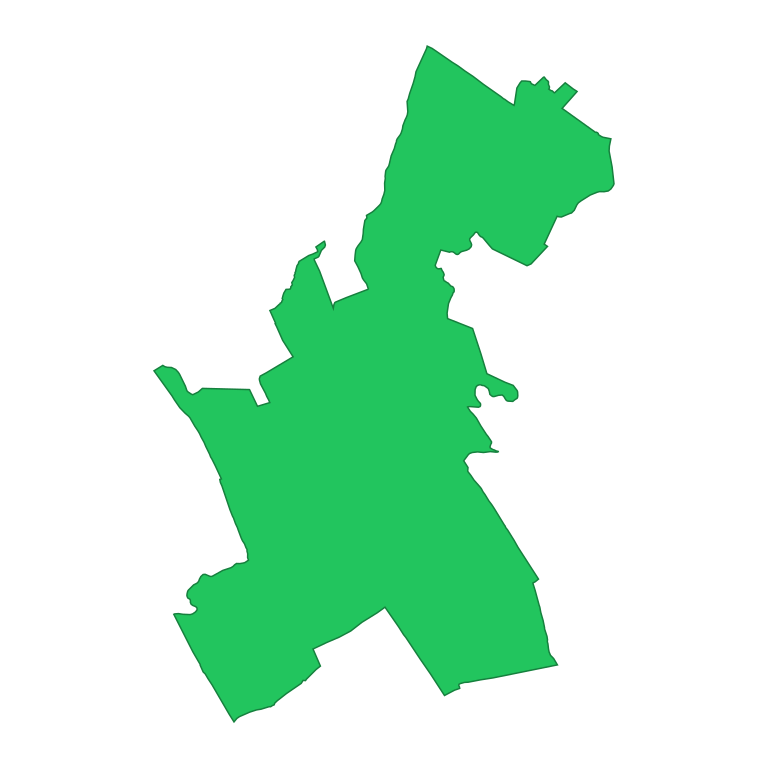 Tutova, Vaslui, Romania
{"feature_id": "2599482B39338540323692", "entity_name": "Tutova", "entity_type": "district", "adm_level": 2, "iso_a3": "ROU", "parent_name": "Romania", "parent_adm1": "Vaslui", "projection": "albers", "projection_center": [27.57, 46.124], "detail": "fine", "context": "isolated", "style": "filled", "palette": "green", "viewbox_px": 768, "rotation_deg": 0, "n_neighbors": 0, "source": "geoboundaries", "source_scale": "gbopen_adm2", "svg_char_len": 6090}
<svg xmlns="http://www.w3.org/2000/svg" viewBox="0 0 768 768"><path d="M459.7,688.4L459.5,687.1L458.8,685.4L458.8,684.8L459.1,684.2L460.2,683.6L464.5,682.4L468.2,682.2L480.7,679.8L493.0,677.9L557.4,664.9L553.7,658.6L550.5,655.3L549.1,652.0L548.5,649.0L547.9,643.8L547.3,641.7L547.5,639.8L547.0,636.4L544.6,629.0L544.5,627.4L543.1,620.5L540.8,612.5L539.8,607.1L539.1,605.1L535.1,590.3L533.1,583.9L532.9,583.0L535.3,581.7L538.5,579.1L518.0,547.3L514.0,540.2L507.5,529.8L505.8,527.7L505.0,525.8L504.4,525.1L494.3,508.6L491.9,504.9L488.8,500.8L485.1,494.7L482.9,491.6L481.5,488.9L480.5,487.5L474.0,480.1L471.0,475.6L467.7,471.3L468.0,467.5L463.7,460.8L468.5,454.4L469.8,453.4L472.3,452.5L477.6,451.9L483.5,452.5L490.3,451.6L495.2,452.1L497.3,452.1L498.3,451.7L498.2,451.4L496.1,450.9L494.4,450.0L492.8,449.5L490.2,447.9L490.0,446.8L490.7,444.5L491.5,443.0L491.5,441.7L488.0,436.4L486.3,434.3L480.7,425.7L476.4,418.1L473.1,414.1L470.3,411.3L467.5,407.0L468.0,406.7L470.2,406.6L478.5,407.2L480.0,406.6L480.5,405.8L480.6,404.1L480.3,403.3L478.4,401.3L477.2,399.6L475.0,395.3L475.1,389.6L476.1,386.8L477.4,385.5L479.2,384.8L481.1,384.9L482.0,385.4L484.3,385.7L488.2,388.5L489.2,391.0L489.9,394.4L491.8,396.0L493.0,396.6L494.4,396.5L498.5,395.3L502.2,395.0L503.8,396.4L505.8,399.8L506.8,400.7L507.9,401.1L512.8,401.4L514.9,399.7L517.0,398.4L517.5,397.6L517.8,395.8L517.6,391.9L517.1,390.5L513.2,385.4L504.9,382.2L486.9,373.7L480.9,353.8L472.6,328.5L447.6,318.6L447.1,313.2L448.5,303.6L450.8,297.9L452.4,295.0L453.0,293.0L454.0,291.9L454.2,291.0L454.1,288.9L453.5,287.7L452.7,286.7L450.8,286.0L448.2,283.1L446.4,282.2L445.4,281.3L444.4,281.0L443.9,280.4L443.1,277.3L444.0,275.4L444.1,274.5L443.3,272.3L442.0,270.4L441.3,268.6L441.1,268.4L438.7,268.9L437.3,268.5L436.0,267.3L435.2,265.3L440.8,250.0L449.5,252.2L450.9,251.7L452.7,251.8L454.0,252.5L455.8,254.0L457.1,254.5L458.5,254.1L460.1,252.5L461.5,251.6L466.6,250.2L469.2,248.9L471.1,246.8L471.5,245.5L471.6,244.7L471.2,243.3L469.7,240.2L469.7,238.8L470.6,237.6L473.4,234.9L475.2,232.5L476.1,232.1L477.5,232.5L479.2,235.1L480.5,236.5L482.3,237.3L483.2,238.1L489.2,245.3L492.4,248.9L527.0,265.7L531.1,263.9L547.5,246.4L544.2,244.1L557.1,216.3L558.9,216.8L561.4,217.0L569.7,213.5L571.5,213.0L574.3,210.2L576.9,204.8L578.4,202.8L581.1,200.8L590.1,195.1L596.9,192.3L599.6,191.6L604.1,191.7L608.2,191.0L610.9,189.0L613.4,185.4L614.0,183.8L612.1,166.9L609.1,151.1L609.4,146.0L610.9,138.8L602.8,137.2L600.8,136.2L598.4,134.6L598.3,133.6L597.6,132.8L596.4,132.2L595.4,132.3L562.1,108.4L577.1,91.5L576.6,91.1L573.4,89.1L565.2,82.8L554.6,92.8L554.1,92.7L552.3,90.9L550.8,90.5L548.8,89.1L549.2,88.6L549.5,87.0L548.4,84.3L548.5,82.0L547.9,81.0L546.2,79.7L544.3,77.1L543.5,77.2L534.9,85.4L531.5,83.8L530.6,82.5L530.4,81.8L529.6,81.5L525.3,81.0L521.7,81.0L520.1,82.8L516.9,88.0L514.5,103.7L514.0,105.4L507.9,101.7L504.6,99.2L503.6,98.8L501.2,96.8L483.4,84.3L473.3,76.6L464.5,70.7L458.3,66.1L452.1,62.2L432.1,48.4L427.2,46.1L426.5,48.7L416.0,71.7L415.1,76.5L413.2,83.3L409.7,93.4L408.2,99.0L407.1,101.4L407.8,111.7L407.3,114.9L406.1,117.9L405.2,119.6L402.9,125.7L402.4,129.1L401.1,133.1L400.2,134.8L397.3,138.7L396.5,140.5L396.4,141.9L395.6,143.8L394.3,148.6L391.2,155.8L389.4,163.7L388.7,166.1L386.1,170.0L385.7,171.0L385.1,176.4L385.3,178.4L384.6,183.1L384.8,190.4L383.9,194.3L382.2,198.8L381.5,202.0L380.6,203.9L379.4,205.3L373.9,210.7L372.3,212.0L366.5,215.4L366.9,218.0L364.9,220.4L364.7,221.5L363.4,229.3L363.2,233.4L362.3,239.6L361.0,241.9L357.9,246.0L356.3,248.6L355.7,250.3L355.1,255.3L354.7,260.8L357.9,266.7L361.0,273.5L362.4,278.0L363.5,279.8L366.6,283.8L368.3,288.8L367.8,289.4L346.3,297.6L335.5,302.1L334.8,302.6L333.9,304.7L333.3,308.3L319.6,271.1L314.3,260.0L314.2,258.9L318.0,257.2L318.8,256.5L321.4,250.4L324.7,247.1L325.4,245.0L324.5,241.3L324.3,241.2L323.1,242.0L315.9,247.0L317.2,249.3L317.8,251.7L312.7,254.1L308.8,255.5L299.1,261.4L298.5,262.9L298.5,263.5L297.0,265.7L295.8,270.2L295.8,271.1L295.0,272.7L295.2,273.5L294.2,275.3L294.6,277.4L293.0,280.7L291.8,282.5L292.3,284.9L290.8,286.8L290.8,287.8L290.0,289.2L286.0,289.4L283.8,293.1L283.0,295.6L282.2,298.6L282.8,299.6L281.9,301.1L281.5,302.5L280.2,303.2L279.9,304.0L279.3,304.3L274.9,308.4L269.9,310.5L275.4,322.8L275.6,323.2L275.1,323.6L276.7,326.8L282.7,340.4L293.1,356.8L266.3,372.8L260.2,376.1L259.4,378.5L259.4,379.8L260.5,383.9L265.5,393.3L266.7,396.3L268.6,399.8L269.8,402.6L257.5,406.3L249.5,389.6L202.4,388.4L198.3,392.0L192.8,394.7L191.3,394.1L188.1,392.0L186.9,390.7L185.4,386.2L179.6,374.3L178.3,372.3L175.7,369.5L171.5,367.5L167.3,367.3L164.9,366.7L162.8,365.4L154.0,370.8L172.0,395.9L174.5,400.0L179.9,407.8L185.1,413.2L188.6,416.2L189.9,417.7L194.8,426.2L197.9,430.8L199.6,433.7L201.2,437.2L204.1,442.4L205.8,446.5L209.6,454.2L210.6,456.9L212.0,459.2L215.3,465.8L221.4,478.9L219.8,479.4L220.4,482.5L222.0,486.1L230.0,509.8L232.7,516.6L233.4,517.7L235.5,523.6L237.4,527.6L238.1,529.7L241.2,538.0L242.5,540.8L244.5,543.8L246.0,547.7L247.0,549.4L247.0,551.2L247.7,553.8L247.6,557.6L248.5,560.1L248.0,560.5L245.0,562.5L243.4,563.0L239.8,563.6L236.5,563.5L234.6,564.8L233.2,566.3L231.0,567.7L222.8,570.4L212.0,576.4L210.1,576.4L205.1,574.3L203.1,574.5L200.9,576.5L199.4,579.2L199.0,580.6L197.7,582.6L196.4,583.5L193.6,584.9L188.4,590.1L187.7,591.2L187.1,593.6L186.9,595.4L187.1,596.4L187.7,597.8L188.3,598.4L189.5,598.9L190.2,599.7L190.4,600.9L190.4,602.5L191.2,604.3L192.9,605.5L195.7,606.6L197.0,608.0L197.1,609.6L196.7,610.4L195.4,612.0L192.6,613.9L190.2,614.6L183.0,614.3L178.4,613.6L174.7,613.9L173.8,614.3L192.9,651.9L200.2,664.5L200.2,665.3L203.2,672.0L205.2,673.9L208.1,678.8L212.1,684.9L229.1,714.1L234.0,721.9L236.9,718.4L239.5,716.6L249.8,712.1L256.6,709.9L261.0,709.2L269.1,706.7L270.7,706.7L272.5,705.5L274.2,704.8L274.7,703.2L277.3,700.7L286.5,693.5L301.2,683.4L303.1,680.4L305.5,680.6L306.6,679.0L316.1,669.5L320.4,666.1L313.0,649.0L326.5,642.6L339.3,637.1L350.9,630.9L361.9,622.3L377.2,612.8L385.0,607.2L398.8,627.1L403.6,634.7L405.8,637.4L420.5,659.5L430.4,673.8L444.5,695.5L454.5,690.2L459.7,688.4Z" fill="#22c55e" stroke="#15803d" stroke-width="1.5"/></svg>